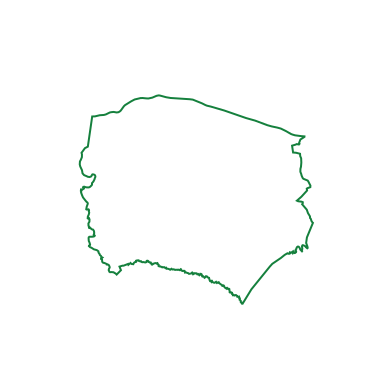 outline of Blacktown, New South Wales, Australia, rotated 309°
{"feature_id": "25037944B57460012888659", "entity_name": "Blacktown", "entity_type": "district", "adm_level": 2, "iso_a3": "AUS", "parent_name": "Australia", "parent_adm1": "New South Wales", "projection": "orthographic", "projection_center": [150.83, -33.74], "detail": "fine", "context": "isolated", "style": "outline", "palette": "green", "viewbox_px": 384, "rotation_deg": 309, "n_neighbors": 0, "source": "geoboundaries", "source_scale": "gbopen_adm2", "svg_char_len": 6001}
<svg xmlns="http://www.w3.org/2000/svg" viewBox="0 0 384 384"><g transform="rotate(309 192 192)"><path d="M137.1,301.6L153.8,299.4L183.0,299.4L186.7,299.6L196.7,302.6L201.4,303.6L204.4,304.7L204.6,305.7L205.0,306.0L205.8,306.2L206.8,306.0L206.9,306.7L206.5,307.0L208.9,307.7L208.1,308.2L208.0,308.5L209.0,308.1L209.5,308.5L209.0,309.3L208.9,309.9L209.4,310.4L210.6,310.7L211.7,309.2L211.8,309.2L211.9,309.5L212.2,309.1L212.6,308.8L213.5,308.9L214.5,308.4L215.3,308.3L216.1,308.5L216.6,309.2L216.6,309.6L216.2,311.1L215.4,312.4L215.1,314.8L215.4,314.8L215.7,314.2L216.2,313.6L216.5,313.5L216.8,313.7L217.3,313.5L219.0,311.6L220.2,311.4L220.5,311.7L221.0,313.4L221.1,314.2L220.9,314.9L221.2,315.1L221.2,315.3L220.8,316.0L220.8,317.0L221.3,317.1L221.8,316.6L221.9,315.9L222.4,315.8L224.2,312.8L229.0,309.9L244.1,305.4L244.1,304.9L244.7,303.0L245.9,301.2L246.1,300.1L247.3,299.0L248.6,295.4L250.5,292.3L251.8,285.3L252.9,285.2L253.8,284.5L253.4,283.2L251.6,280.3L251.3,279.0L257.2,280.0L265.6,280.5L266.8,279.1L267.6,279.3L270.2,280.9L271.5,280.0L273.4,275.7L273.7,274.7L272.4,270.4L272.4,269.7L272.6,269.1L273.7,266.9L274.7,265.6L275.9,263.5L278.2,261.7L280.2,260.8L283.6,258.5L286.9,255.6L288.0,253.5L289.7,251.9L288.0,248.2L286.3,245.7L291.0,240.6L294.0,242.7L295.1,243.2L296.2,245.2L296.9,245.2L296.8,244.6L301.0,243.2L305.6,244.7L306.0,244.4L304.2,241.8L300.9,236.4L299.9,234.0L299.4,232.5L298.4,226.4L297.2,221.1L295.7,217.7L293.1,212.6L291.3,208.4L287.2,196.1L283.5,187.5L275.6,165.7L270.2,152.8L268.5,149.3L268.0,147.7L267.2,144.0L264.3,134.5L262.7,131.9L251.6,116.2L249.4,112.3L246.7,106.2L246.0,105.2L244.4,103.9L240.4,101.8L237.4,99.4L236.2,97.9L233.9,94.4L232.6,92.9L227.8,89.2L224.3,87.7L217.4,85.3L215.8,85.1L210.3,85.4L208.9,85.1L207.7,84.6L206.4,83.4L204.9,80.7L203.2,79.0L202.1,78.1L198.0,76.2L196.4,75.0L193.6,72.0L189.7,69.0L187.9,66.9L161.7,82.5L158.7,81.2L152.9,81.5L152.1,82.7L149.8,84.5L147.2,85.3L145.2,85.7L142.8,87.4L141.5,89.1L139.7,92.8L137.6,95.2L137.2,97.5L138.0,100.2L138.2,101.3L139.1,102.9L140.3,103.7L140.9,103.8L142.9,103.5L143.2,103.7L143.7,104.5L144.0,105.4L143.9,106.2L143.4,107.0L142.9,107.4L141.2,107.9L140.4,108.3L138.7,108.6L138.3,108.8L135.9,108.7L134.9,109.6L134.1,109.8L131.8,109.5L131.1,109.2L130.6,108.9L129.0,106.8L128.3,104.9L127.6,104.3L127.1,104.4L127.1,105.5L126.8,105.8L126.3,105.8L125.6,105.4L124.6,105.3L124.4,105.2L124.3,104.2L124.2,104.1L122.8,105.0L122.4,105.9L121.8,106.1L120.3,108.6L119.2,110.7L118.5,113.7L118.0,116.0L118.0,117.3L117.7,118.0L117.3,118.4L114.4,119.4L112.0,120.7L112.0,121.0L112.3,121.6L113.3,122.3L113.4,122.8L113.0,123.5L112.0,124.0L111.4,125.0L110.9,125.3L109.4,126.0L107.4,126.5L105.9,127.5L106.0,128.1L106.9,127.9L107.0,128.1L106.2,129.6L104.3,131.0L102.8,131.2L102.0,131.5L101.5,132.1L100.6,132.8L100.3,134.2L100.1,134.2L100.0,133.9L99.4,134.4L99.3,134.7L99.5,135.1L100.1,135.8L99.9,137.4L100.5,138.8L100.1,140.1L99.2,141.3L98.3,141.8L97.8,142.5L96.7,142.6L96.4,143.1L96.7,143.9L96.4,144.0L96.0,143.9L94.9,143.1L92.6,140.4L91.7,140.3L90.8,140.9L89.0,142.6L88.3,144.0L87.0,145.9L86.5,146.1L85.5,145.7L85.1,145.9L85.0,147.7L85.4,148.8L85.7,151.8L86.8,154.3L87.0,155.2L87.0,156.6L86.1,157.5L85.8,158.5L85.8,158.9L85.1,160.0L85.0,161.6L84.5,162.6L84.7,163.6L83.8,163.4L83.3,163.0L83.0,163.2L82.7,163.6L83.1,164.2L83.0,164.5L81.4,166.0L81.2,166.4L81.1,167.6L81.7,168.5L82.5,171.6L82.2,171.7L82.8,172.7L82.8,173.6L81.9,175.2L81.4,175.6L80.1,175.8L78.9,176.4L78.0,178.0L78.1,178.8L79.0,179.7L80.3,181.6L80.3,182.8L80.6,183.7L80.4,185.4L86.5,186.0L88.4,182.6L91.1,184.4L91.7,185.2L95.9,187.6L95.4,188.4L98.1,188.9L98.0,189.2L98.1,190.5L98.3,190.9L98.8,191.4L99.0,191.8L99.8,191.5L101.3,191.6L102.4,192.5L102.8,192.5L103.4,191.8L104.2,192.3L105.3,193.5L105.0,194.1L105.4,195.2L106.1,195.8L105.8,196.5L106.0,197.0L106.1,197.5L106.8,198.1L107.9,200.1L109.0,200.8L109.3,200.7L109.7,200.2L110.1,200.2L110.7,200.8L110.8,201.6L110.4,202.5L111.2,204.3L110.6,204.7L111.0,205.5L110.3,206.3L110.4,206.7L112.7,207.5L113.9,208.5L114.1,209.2L115.0,209.8L114.9,210.1L114.3,210.5L114.5,211.0L114.4,212.0L113.5,212.4L113.5,213.1L113.7,213.6L114.2,214.0L114.4,215.1L114.8,215.7L114.7,216.3L115.3,216.7L115.5,217.2L116.0,217.6L116.2,217.9L116.1,219.0L116.9,219.6L116.3,220.5L117.2,221.6L117.7,222.9L117.8,223.9L118.0,224.1L119.1,224.2L119.5,224.4L119.4,225.3L119.6,225.8L120.5,226.5L120.6,227.3L120.9,228.0L121.5,228.4L122.4,229.8L122.9,230.0L123.5,231.6L124.0,231.8L124.6,231.7L125.0,231.8L125.0,232.3L124.4,232.6L124.3,233.0L124.6,234.3L125.6,235.2L126.0,235.8L125.9,236.1L125.5,236.2L125.4,236.7L125.0,237.3L125.7,237.7L126.0,238.7L126.1,239.3L126.5,239.9L126.5,241.2L128.5,242.9L129.2,242.7L129.6,242.8L129.6,243.3L129.1,243.7L128.7,244.6L129.6,245.0L130.4,245.0L130.8,245.4L130.9,245.9L131.6,246.6L131.7,246.9L131.4,247.4L131.3,247.9L131.5,248.2L132.2,248.5L131.9,250.1L133.1,250.4L133.7,250.0L134.0,250.4L134.1,251.2L134.0,251.5L133.4,252.0L133.4,252.5L133.0,252.7L132.8,253.1L132.9,253.4L133.4,253.4L133.6,253.7L133.6,254.5L133.2,255.7L134.4,256.1L135.4,255.9L135.8,256.8L135.6,258.7L136.0,259.3L134.6,261.1L134.6,261.7L134.1,262.2L134.4,262.9L135.3,263.0L135.5,263.3L134.4,263.9L134.3,264.1L135.0,264.5L135.2,265.8L135.7,266.7L137.3,267.2L136.9,268.2L136.9,268.5L137.5,268.5L137.8,269.3L138.4,269.3L138.7,269.5L138.3,270.5L138.4,273.1L138.6,273.6L138.1,274.7L138.4,275.0L139.2,275.2L139.3,275.6L139.1,276.2L138.7,276.5L138.4,277.9L138.5,279.0L139.6,279.5L139.6,279.8L139.0,280.3L139.5,280.6L139.5,281.3L140.0,281.6L140.1,282.0L139.9,282.3L139.4,282.6L138.7,283.6L137.8,284.3L137.8,284.9L138.0,285.2L138.6,285.4L138.9,286.5L137.9,287.4L138.2,288.2L137.6,288.7L138.0,289.0L138.1,289.9L138.7,290.1L138.8,290.5L139.3,290.7L139.6,291.1L139.5,292.0L139.7,292.5L139.1,293.2L139.9,294.2L140.3,294.4L139.7,295.3L139.1,295.6L139.1,295.9L139.4,296.1L139.3,296.3L138.3,296.8L138.4,297.2L138.1,297.8L138.1,298.4L137.1,299.2L137.1,299.5L137.4,300.2L136.8,300.6L136.7,301.1L137.0,301.3L137.1,301.6Z" fill="none" stroke="#15803d" stroke-width="2"/></g></svg>